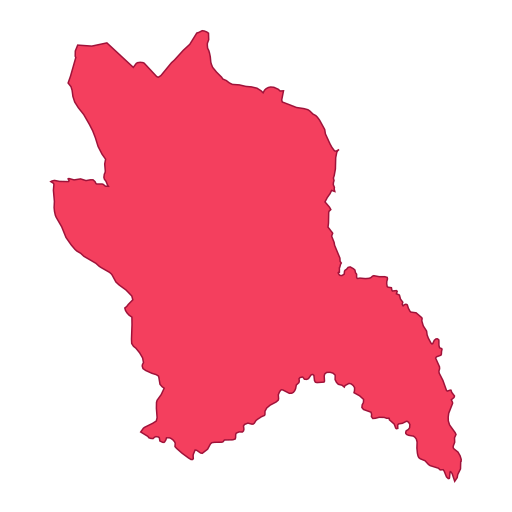 Cuaspud, Nariño, Colombia
{"feature_id": "7082276B48690619382287", "entity_name": "Cuaspud", "entity_type": "district", "adm_level": 2, "iso_a3": "COL", "parent_name": "Colombia", "parent_adm1": "Nariño", "projection": "robinson", "projection_center": [-77.724, 0.875], "detail": "fine", "context": "isolated", "style": "filled", "palette": "rose", "viewbox_px": 512, "rotation_deg": 0, "n_neighbors": 0, "source": "geoboundaries", "source_scale": "gbopen_adm2", "svg_char_len": 6021}
<svg xmlns="http://www.w3.org/2000/svg" viewBox="0 0 512 512"><path d="M454.7,481.3L457.2,477.6L457.7,474.6L460.5,468.9L460.7,461.7L461.1,461.4L461.2,459.4L460.1,455.8L458.0,452.1L454.1,449.0L453.2,447.8L453.2,446.2L454.7,442.2L454.5,437.8L456.0,434.5L455.1,432.6L449.6,425.0L448.3,420.9L448.2,417.1L448.7,413.3L452.6,403.3L452.5,402.3L451.3,399.8L454.0,397.5L454.5,396.0L451.7,392.3L451.0,390.2L450.2,390.1L447.4,391.1L446.5,390.5L442.9,380.4L439.2,373.2L438.9,371.2L439.6,368.8L439.5,366.8L435.6,358.1L436.5,356.8L440.9,355.2L441.4,354.1L441.5,351.7L442.0,349.3L441.7,348.6L439.9,348.0L439.4,347.3L438.9,345.2L438.9,340.7L438.7,339.7L437.4,338.8L436.0,338.9L434.3,340.3L432.7,343.7L431.9,343.9L430.9,343.0L428.3,338.1L427.1,334.9L426.6,331.1L423.4,326.1L422.9,324.7L421.8,320.8L422.1,318.6L421.8,317.7L416.1,312.8L410.9,312.1L410.0,311.3L408.4,308.3L407.3,304.9L406.6,304.4L405.3,304.3L403.8,305.1L403.3,305.8L402.8,305.7L402.2,304.1L402.8,302.2L400.5,299.1L399.5,295.3L399.2,294.9L396.4,293.8L397.2,291.3L396.4,290.6L392.4,291.0L391.9,290.3L391.4,287.7L388.1,287.2L387.2,286.6L386.7,283.8L386.8,281.4L387.5,278.9L387.2,277.4L384.8,276.7L379.3,276.7L373.8,275.7L372.6,276.1L370.8,277.7L369.0,278.3L365.5,278.6L359.9,278.1L357.7,278.5L357.2,278.4L356.6,277.3L356.6,274.2L355.5,272.7L354.9,270.0L353.4,268.7L350.2,266.9L348.1,267.4L346.5,269.3L345.1,270.2L344.5,271.2L344.2,274.1L341.9,275.6L340.0,275.4L339.4,275.0L338.4,273.4L338.2,272.7L338.5,272.3L339.4,272.2L339.4,267.7L339.8,267.2L340.5,264.4L341.3,263.0L340.1,261.4L339.9,258.1L334.6,245.3L334.1,242.4L331.6,236.1L332.7,233.2L328.0,227.1L328.5,223.1L328.7,212.6L329.0,211.3L330.8,209.6L329.5,207.2L325.0,201.9L327.3,197.5L330.0,193.7L331.6,190.4L334.8,191.5L334.2,189.1L334.4,187.3L333.3,184.7L333.4,182.7L334.0,180.6L333.4,178.0L334.2,175.6L335.4,169.0L335.7,157.7L336.8,152.2L337.6,150.8L339.0,149.5L336.5,151.0L335.2,151.1L334.3,150.6L331.8,147.2L330.0,143.9L325.4,133.9L324.7,129.5L319.6,120.2L317.4,117.2L315.8,115.6L313.0,114.1L309.7,110.9L307.9,109.7L303.9,108.6L296.5,107.5L282.3,102.0L281.7,100.0L283.5,90.8L280.1,91.0L278.3,89.3L273.9,87.3L270.6,87.0L268.3,87.5L266.1,88.7L264.6,90.1L263.1,92.8L261.2,90.9L257.0,88.2L251.5,86.9L245.8,86.4L239.4,84.9L232.3,84.4L229.2,82.8L226.4,80.6L222.8,79.0L221.6,77.2L216.5,72.1L212.6,67.3L211.4,64.3L210.8,62.2L210.3,56.9L209.5,53.0L208.8,50.6L207.6,48.2L207.3,45.0L207.4,43.2L208.7,39.7L208.5,33.2L206.8,32.0L204.3,31.0L202.2,30.7L198.6,32.5L196.8,33.0L189.8,44.3L183.3,50.3L174.3,60.2L171.5,62.7L160.9,75.6L158.2,77.3L156.6,76.5L144.1,63.1L142.9,62.6L140.2,62.3L137.4,62.7L136.2,63.5L133.3,67.4L106.9,42.9L91.8,46.1L77.7,45.1L75.3,51.0L75.2,56.2L75.8,57.5L70.5,76.2L68.1,83.0L71.0,86.7L72.1,90.3L72.9,96.4L74.7,102.0L78.3,107.7L83.7,114.5L89.4,124.4L92.7,130.8L95.4,137.8L98.1,146.5L102.0,154.1L105.6,159.2L104.7,164.0L105.3,171.1L105.1,172.5L104.3,174.2L103.9,177.3L104.4,179.2L106.0,181.3L107.4,184.7L108.4,186.3L105.4,186.2L103.3,184.4L102.1,184.0L96.7,184.0L96.0,183.6L95.0,181.6L93.0,179.8L90.4,179.8L86.0,180.6L80.6,178.9L74.1,179.9L68.9,178.5L68.1,178.9L69.0,180.5L68.7,181.5L68.2,181.6L59.5,181.4L54.5,180.4L51.9,181.0L50.8,181.6L53.6,183.4L53.9,184.5L53.4,190.3L54.4,201.4L54.1,207.6L54.5,211.4L55.3,215.1L56.2,217.3L61.7,226.8L66.0,237.5L71.2,244.9L75.0,249.4L76.9,251.1L80.7,253.3L83.9,256.3L95.9,263.3L99.2,266.3L101.2,267.6L109.6,272.4L111.5,274.1L112.3,275.3L115.9,282.0L118.9,284.8L125.9,289.9L131.8,296.0L132.8,299.8L128.3,304.4L126.7,306.5L124.8,308.0L125.5,310.5L127.0,312.9L129.0,315.1L131.9,317.1L132.0,324.8L131.5,339.1L131.7,343.5L133.5,346.3L135.9,348.2L139.7,352.9L142.6,357.9L143.5,362.6L142.5,364.4L142.2,366.0L143.0,368.6L145.7,370.5L151.9,373.3L156.1,374.6L158.3,375.9L158.8,377.1L160.0,384.3L162.1,386.7L164.2,388.2L161.2,394.6L157.1,400.3L156.5,402.4L156.4,408.3L157.1,417.7L156.3,421.0L152.7,423.3L144.6,427.3L143.4,428.2L140.7,432.0L147.9,436.4L148.8,437.7L150.6,438.4L153.0,438.6L154.4,437.3L155.8,436.6L158.2,436.9L159.3,437.7L159.9,441.0L162.6,442.3L164.0,442.4L164.7,441.8L165.9,439.8L166.5,437.8L169.5,437.8L170.9,438.4L172.9,439.8L174.6,441.8L175.2,443.2L175.0,446.6L176.6,448.4L181.9,453.1L188.4,457.9L191.0,459.5L192.6,459.5L193.3,458.7L193.1,455.7L193.4,454.1L195.1,450.0L196.7,450.3L200.6,453.0L202.3,453.3L207.6,449.2L210.4,444.0L211.8,442.7L214.6,442.3L221.9,442.2L223.1,441.7L224.4,440.0L232.8,439.8L235.2,439.0L235.6,437.6L235.7,434.4L236.3,433.1L239.1,431.9L242.4,432.0L243.5,430.9L243.9,429.3L243.5,425.9L244.6,424.4L247.9,423.1L251.7,424.1L253.1,424.1L254.3,423.2L256.0,420.5L257.5,419.3L261.3,416.8L264.5,415.4L264.9,414.6L265.0,411.2L266.7,408.0L270.2,405.1L276.1,402.0L278.2,400.2L278.6,398.8L278.3,394.8L279.4,392.1L280.6,390.3L281.7,389.7L282.9,390.0L289.3,393.3L291.8,393.2L293.4,392.3L294.7,390.7L295.6,388.7L296.3,385.0L298.9,382.6L299.3,381.0L299.0,378.8L299.9,377.6L302.3,377.0L303.1,377.4L304.4,379.2L306.7,379.4L308.5,378.6L310.9,375.1L311.7,374.6L312.8,374.5L313.9,375.4L314.5,380.6L315.4,382.2L317.0,382.6L323.8,382.1L324.2,381.9L324.5,381.1L324.2,376.0L324.7,374.0L326.7,372.4L330.1,372.3L332.9,373.1L334.9,374.8L335.2,375.6L335.1,379.6L336.5,382.4L338.3,384.3L342.0,385.2L344.3,387.1L345.0,385.6L349.0,383.4L351.2,383.9L353.3,385.6L354.6,387.7L354.5,390.6L354.0,392.7L359.6,395.8L363.6,399.4L363.4,402.6L362.2,404.8L361.9,407.5L363.5,409.5L371.0,412.2L371.6,414.3L371.4,416.6L372.8,418.5L375.3,418.3L379.1,417.3L384.2,417.4L386.7,418.3L389.0,418.2L389.3,418.6L389.3,419.7L394.2,424.1L395.7,428.1L396.4,428.7L397.8,428.4L397.7,425.0L398.6,423.9L402.4,423.3L406.4,421.3L407.3,421.4L408.6,422.3L409.9,424.5L409.6,427.8L408.3,429.5L406.2,430.8L405.7,432.4L405.8,433.5L406.7,434.5L408.6,435.3L413.4,436.1L415.0,437.3L416.3,439.0L417.1,442.0L416.9,448.1L417.4,453.2L418.0,455.9L418.8,457.6L420.3,458.8L425.0,460.7L428.5,464.5L430.1,465.6L438.4,468.2L440.2,469.9L443.2,469.7L444.2,471.2L446.5,476.9L448.3,478.6L449.3,478.4L449.5,477.9L450.0,472.3L450.3,471.6L450.7,471.7L452.1,473.5L454.7,481.3Z" fill="#f43f5e" stroke="#9f1239" stroke-width="1.5"/></svg>